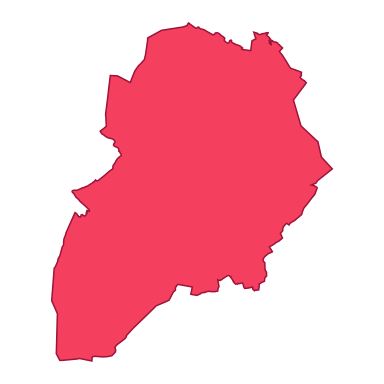 Bykle nor, Aust-Agder, Norway (Mercator projection)
{"feature_id": "86288312B46813879091591", "entity_name": "Bykle nor", "entity_type": "district", "adm_level": 2, "iso_a3": "NOR", "parent_name": "Norway", "parent_adm1": "Aust-Agder", "projection": "mercator", "projection_center": [7.279, 59.427], "detail": "fine", "context": "isolated", "style": "filled", "palette": "rose", "viewbox_px": 384, "rotation_deg": 0, "n_neighbors": 0, "source": "geoboundaries", "source_scale": "gbopen_adm2", "svg_char_len": 5758}
<svg xmlns="http://www.w3.org/2000/svg" viewBox="0 0 384 384"><path d="M306.3,82.7L305.0,81.5L304.7,80.9L302.6,79.7L301.7,78.9L300.9,78.4L300.7,78.0L300.0,77.4L300.2,77.0L301.3,75.8L301.4,75.4L301.4,74.2L301.1,73.3L301.4,73.0L301.5,72.3L299.9,71.6L290.8,68.3L290.4,68.0L289.4,66.5L286.3,61.4L282.2,54.9L280.4,52.8L279.4,51.4L282.6,48.0L281.7,47.3L280.8,46.2L280.1,45.7L279.4,44.8L278.8,44.5L277.8,43.6L277.7,43.1L275.8,42.0L274.3,42.0L273.3,41.4L272.7,41.3L272.5,40.7L272.3,40.7L272.0,40.6L270.9,41.9L270.8,42.2L270.8,42.4L271.2,44.3L271.2,44.6L269.9,43.7L270.2,43.6L270.2,43.4L269.5,42.6L269.6,42.3L269.4,41.4L269.4,41.0L269.6,40.9L269.4,40.8L269.2,40.6L269.6,40.4L269.6,40.1L270.0,40.0L270.1,39.5L270.2,39.3L270.7,39.5L270.7,39.2L269.7,38.6L269.2,37.4L268.5,36.8L267.6,36.2L266.5,35.1L266.5,34.9L266.9,34.7L267.9,33.6L268.1,32.7L266.2,32.9L265.9,32.8L265.0,33.3L263.7,33.6L263.4,33.5L262.9,33.7L262.3,33.6L260.7,34.4L259.7,34.6L258.7,34.1L257.9,34.1L257.6,33.7L257.5,33.3L257.2,33.2L253.8,32.2L254.4,33.8L254.4,34.5L255.9,38.8L252.0,40.8L250.7,50.6L243.5,49.7L242.0,49.3L241.8,49.2L242.2,48.8L242.6,48.0L242.5,47.8L241.4,47.1L240.7,46.4L239.6,45.7L235.9,44.5L235.6,44.5L234.7,43.7L233.8,43.4L232.3,42.6L231.4,41.8L231.5,40.9L231.6,40.4L231.3,40.2L230.7,40.1L229.5,40.9L229.3,41.4L229.3,42.1L228.8,42.8L228.1,43.3L227.6,43.1L225.2,41.6L225.0,41.4L225.0,41.1L224.3,40.7L224.2,40.3L224.2,39.9L224.4,39.3L224.8,38.5L224.8,38.2L224.1,37.7L223.9,37.3L222.1,36.0L221.5,35.8L219.6,33.9L218.5,33.2L216.9,32.7L215.7,32.9L215.0,33.2L214.4,34.5L213.7,34.5L213.2,34.9L206.6,31.3L204.5,29.9L202.7,29.3L200.9,29.0L198.9,27.7L198.7,27.1L198.2,27.0L196.8,28.0L195.8,28.2L190.1,24.2L189.3,23.4L188.4,23.0L187.1,25.3L187.1,25.6L182.8,27.0L161.6,30.3L147.7,37.9L147.5,41.1L145.5,54.8L144.3,59.7L139.9,64.5L138.5,65.7L134.8,71.0L130.2,82.5L117.6,75.9L110.3,75.5L108.5,90.3L108.2,93.6L108.1,94.2L106.3,108.8L105.6,114.0L105.6,114.7L105.9,117.8L106.3,126.3L102.0,129.8L100.2,131.1L100.7,132.2L102.0,134.0L103.4,134.7L104.0,135.2L104.3,135.3L105.1,136.1L107.5,137.6L110.9,138.6L111.3,138.6L112.1,138.8L112.4,139.0L113.1,139.2L114.9,141.1L115.0,141.5L115.1,142.1L114.5,142.7L114.0,143.4L114.0,143.7L113.7,144.2L113.5,144.8L113.6,145.2L114.0,145.9L115.1,146.6L117.4,147.5L118.5,148.5L118.7,149.0L118.8,150.8L119.0,151.1L118.9,151.3L119.8,152.0L120.0,152.7L121.2,154.4L121.3,154.9L121.2,155.5L118.2,157.9L116.9,159.4L116.2,160.4L114.9,163.0L114.6,163.5L114.0,164.2L113.2,165.3L112.9,166.5L112.9,168.2L112.7,168.7L112.4,169.1L109.3,171.2L104.6,175.4L98.0,180.6L97.3,180.8L96.6,180.8L95.5,179.9L94.8,180.8L94.6,181.2L94.4,181.7L93.7,181.8L92.9,182.4L92.7,182.8L92.4,182.9L92.0,183.3L91.4,183.5L87.4,186.1L85.2,186.8L84.7,187.3L83.0,187.8L82.2,187.8L81.9,188.1L80.3,188.9L78.6,189.5L77.8,190.0L75.8,190.4L75.4,190.2L73.6,190.2L73.0,190.5L72.1,191.2L72.1,191.6L72.1,191.8L73.3,193.2L73.9,193.6L74.3,194.2L74.3,194.7L74.8,195.2L75.4,196.1L75.9,197.1L78.2,199.1L78.4,199.4L79.1,200.1L79.9,201.3L86.0,206.7L88.2,208.9L88.3,209.1L89.2,209.6L89.4,210.3L89.4,211.2L88.8,211.3L87.0,210.5L86.8,211.1L86.7,211.5L86.9,211.7L87.1,212.0L87.0,212.3L86.9,212.7L86.5,212.7L86.1,213.0L86.3,213.6L86.6,213.9L85.8,215.0L84.5,216.2L82.9,215.1L82.6,214.6L81.2,214.9L81.0,215.1L80.9,216.8L80.6,216.9L79.9,216.7L79.3,216.8L78.6,216.7L78.3,216.1L78.1,215.7L77.6,215.4L77.5,215.1L77.4,214.7L75.9,213.1L75.0,212.6L65.9,233.1L65.7,234.5L63.9,239.0L63.9,240.0L63.6,241.5L63.6,244.2L63.3,245.6L62.3,246.7L59.8,256.0L58.1,258.8L57.6,261.6L55.4,266.7L54.2,268.2L51.7,300.7L57.4,313.7L56.3,353.7L59.8,360.4L62.0,360.4L76.9,359.0L79.6,358.5L91.9,361.0L92.1,357.4L92.6,356.8L94.6,356.3L102.8,356.9L107.0,356.7L111.9,355.7L115.1,352.4L115.7,350.7L115.4,349.0L115.1,347.8L115.3,346.5L117.4,344.4L124.9,338.7L125.9,337.6L126.4,336.4L126.5,335.5L133.0,328.4L147.2,314.7L156.0,306.0L156.4,305.7L166.7,301.3L169.1,300.2L173.6,291.5L174.1,291.4L174.8,290.9L175.3,290.3L175.4,289.9L175.6,289.4L175.4,288.9L175.3,288.3L175.7,287.1L176.2,286.6L176.5,285.9L177.4,284.9L177.9,284.6L178.0,284.4L192.3,287.0L190.8,294.3L197.0,295.4L197.4,295.1L200.0,294.1L200.9,293.3L202.0,292.8L203.0,292.5L204.1,292.7L207.3,291.5L208.9,291.3L211.7,291.7L213.6,291.5L214.2,291.8L217.7,291.1L217.9,290.0L218.0,288.4L219.0,286.6L218.4,282.8L218.0,281.1L217.8,279.8L218.9,280.3L220.2,280.5L220.9,279.9L221.3,279.9L222.0,279.4L223.2,278.4L224.4,277.7L226.2,276.5L227.6,275.7L228.6,275.5L229.3,275.7L230.2,276.9L231.2,277.0L231.2,277.5L231.3,278.4L232.1,279.1L232.7,280.2L233.2,280.7L233.3,281.0L233.2,281.3L233.2,281.6L233.7,282.1L234.1,282.2L234.1,282.3L234.0,282.5L234.1,282.8L235.7,284.1L236.6,284.1L237.1,283.9L237.5,284.1L237.9,283.6L238.2,283.5L239.3,283.7L242.1,282.9L242.7,283.6L243.0,284.2L243.3,284.9L243.3,285.2L243.9,287.2L244.3,288.0L244.7,288.4L248.9,288.0L249.4,287.5L250.3,287.7L252.1,287.0L252.5,287.0L252.7,287.4L252.7,288.5L252.9,289.4L253.2,289.7L253.8,289.7L254.1,290.2L254.4,290.8L255.5,290.2L256.7,290.2L258.1,289.9L258.7,289.9L258.9,288.1L259.1,287.6L259.2,284.0L260.6,283.3L261.2,282.6L263.1,281.9L264.5,281.2L264.8,277.9L266.6,276.0L266.5,274.3L266.6,272.6L265.5,270.4L265.0,268.8L264.8,262.5L263.9,262.0L263.6,261.4L263.3,261.2L263.1,260.1L263.3,258.6L264.3,257.4L264.7,256.6L268.7,253.4L272.0,252.1L272.4,251.7L269.7,247.3L269.3,246.8L272.6,245.1L275.3,243.3L276.0,242.5L278.8,241.2L282.5,238.1L281.0,234.5L280.4,233.5L282.7,230.8L282.7,229.3L283.3,226.9L286.5,223.2L289.0,225.0L290.2,223.1L295.0,220.2L301.7,214.5L302.4,211.8L303.8,208.2L307.5,203.7L311.5,198.3L314.3,195.0L315.1,193.7L316.0,191.0L317.0,188.6L317.1,187.5L314.3,185.7L311.4,185.0L316.1,183.0L317.4,180.8L332.3,168.9L321.4,157.1L317.9,141.6L316.4,140.4L301.0,125.9L293.4,100.0L305.1,84.5L306.3,82.7Z" fill="#f43f5e" stroke="#9f1239" stroke-width="1.5"/></svg>